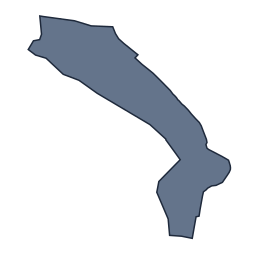 Conway, Castries, Saint Lucia (Mercator projection), rotated 184°
{"feature_id": "8701671B31601381418998", "entity_name": "Conway", "entity_type": "district", "adm_level": 2, "iso_a3": "LCA", "parent_name": "Saint Lucia", "parent_adm1": "Castries", "projection": "mercator", "projection_center": [-60.991, 14.014], "detail": "fine", "context": "isolated", "style": "filled", "palette": "slate", "viewbox_px": 256, "rotation_deg": 184, "n_neighbors": 0, "source": "geoboundaries", "source_scale": "gbopen_adm2", "svg_char_len": 1109}
<svg xmlns="http://www.w3.org/2000/svg" viewBox="0 0 256 256"><g transform="rotate(184 128 128)"><path d="M89.4,118.8L78.4,105.7L73.7,100.0L77.5,95.6L93.5,76.8L93.9,73.4L94.8,65.9L81.6,40.1L79.0,23.8L68.0,23.8L67.1,23.8L56.2,22.4L55.2,32.1L53.9,44.2L52.1,44.7L51.0,45.0L50.8,47.0L50.4,52.0L50.3,52.9L48.9,65.7L48.6,67.5L48.3,69.6L45.6,71.9L44.4,73.5L40.5,76.1L36.2,76.9L30.0,80.4L25.6,87.9L24.0,90.8L23.0,93.6L23.0,94.8L23.0,95.5L23.4,97.6L24.3,99.9L24.5,100.6L25.5,102.9L26.9,103.6L32.5,106.3L46.1,112.2L47.8,113.4L49.1,116.9L48.2,119.1L49.0,122.2L52.9,130.5L55.1,135.3L57.2,138.4L61.2,142.0L65.9,146.5L69.0,149.9L73.3,153.8L75.9,155.6L79.4,159.1L80.3,159.6L81.0,160.6L81.9,161.8L82.9,162.7L83.7,163.5L85.0,164.5L85.7,165.1L88.5,168.4L98.9,177.6L106.7,184.3L109.8,186.5L118.5,192.5L125.9,198.4L123.2,201.7L138.0,212.0L143.6,216.4L147.1,221.3L150.3,227.9L171.9,227.3L188.7,231.2L220.5,233.3L223.8,233.6L220.8,215.5L222.3,210.0L228.4,208.4L233.0,199.3L225.3,194.3L214.6,191.9L196.3,177.0L180.3,172.2L161.2,160.5L106.3,132.9L89.5,119.6L89.4,118.8Z" fill="#64748b" stroke="#1e293b" stroke-width="1.5"/></g></svg>